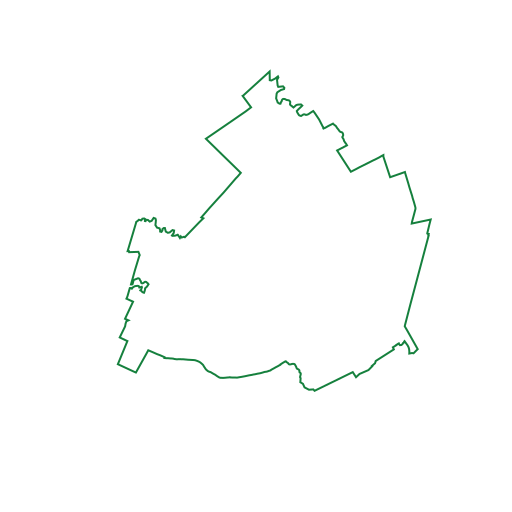 outline of Buzoesti, Arges, Romania, rotated 153°
{"feature_id": "2599482B1086880995944", "entity_name": "Buzoesti", "entity_type": "district", "adm_level": 2, "iso_a3": "ROU", "parent_name": "Romania", "parent_adm1": "Arges", "projection": "robinson", "projection_center": [24.92, 44.587], "detail": "fine", "context": "isolated", "style": "outline", "palette": "green", "viewbox_px": 512, "rotation_deg": 153, "n_neighbors": 0, "source": "geoboundaries", "source_scale": "gbopen_adm2", "svg_char_len": 6052}
<svg xmlns="http://www.w3.org/2000/svg" viewBox="0 0 512 512"><g transform="rotate(153 256 256)"><path d="M160.1,414.2L180.6,408.6L194.8,404.7L195.2,404.7L192.9,390.7L199.6,389.5L225.2,386.1L247.4,383.2L240.3,362.1L237.2,353.0L231.8,337.0L236.4,335.1L238.8,334.3L255.9,327.3L263.5,324.5L275.6,319.9L287.2,315.2L285.8,313.5L291.3,311.8L310.9,305.0L311.0,305.1L311.4,305.8L313.8,306.2L314.1,307.6L315.6,306.6L315.8,308.8L316.0,309.4L315.9,309.8L316.1,310.5L317.5,310.6L319.0,310.9L321.3,311.9L321.6,312.4L318.8,313.9L317.4,315.9L318.6,317.0L322.2,316.2L324.0,316.7L325.3,318.7L324.5,322.3L325.6,322.8L327.2,322.4L327.8,321.2L329.3,320.4L330.3,321.3L329.7,322.4L329.4,324.5L331.3,326.2L331.6,329.2L330.2,331.3L328.9,333.4L328.6,335.0L329.9,336.4L333.0,334.7L335.1,334.9L335.9,337.1L337.4,338.2L338.6,337.2L339.1,337.6L338.1,339.4L338.6,340.2L340.3,340.8L341.5,340.1L342.3,339.9L342.8,340.6L344.0,341.5L345.0,341.1L347.3,340.7L348.2,339.6L368.2,318.6L367.0,318.0L367.3,317.0L358.9,313.1L359.2,309.6L360.2,308.8L370.4,298.2L380.3,287.4L379.6,287.0L379.0,286.9L378.6,287.1L375.9,290.2L375.4,290.1L373.3,289.9L372.6,289.8L371.7,289.8L370.9,289.5L370.5,289.1L370.2,288.4L370.3,286.8L370.1,286.0L370.4,284.0L370.1,283.5L369.6,283.2L368.6,283.1L366.8,283.4L366.2,283.2L365.6,282.7L365.2,281.6L365.0,281.2L364.8,280.8L364.6,279.6L366.9,278.3L368.2,277.9L369.4,277.6L369.7,277.3L370.0,276.6L371.0,275.5L371.9,274.6L372.5,274.1L373.4,275.1L373.7,275.7L374.0,277.1L374.2,277.4L374.6,277.7L374.7,277.9L374.5,278.0L373.9,278.0L373.5,278.3L371.8,280.0L371.8,280.4L372.1,280.4L372.7,280.5L373.4,280.9L373.6,280.8L374.3,280.9L374.3,281.0L374.1,281.5L374.0,281.9L374.1,282.3L374.4,282.7L375.1,283.2L377.3,284.0L378.1,284.1L380.3,283.9L380.9,283.6L381.1,283.3L381.4,283.2L381.6,283.3L381.8,283.7L381.9,284.0L382.0,284.3L383.0,284.7L388.8,278.5L389.9,277.5L390.8,276.8L386.3,271.1L401.2,259.5L398.9,256.6L401.1,256.7L402.3,255.5L402.7,255.2L404.6,252.7L414.4,245.3L410.1,239.7L409.2,238.6L428.2,222.3L421.3,213.5L417.3,208.4L415.9,206.7L398.6,218.3L394.8,220.9L391.7,217.2L388.7,213.5L386.4,211.0L383.4,207.3L383.9,206.7L382.2,205.6L381.0,205.0L378.6,203.5L377.7,203.0L376.3,202.1L375.5,201.3L373.3,199.8L372.5,199.5L370.5,198.5L367.7,197.0L363.6,194.4L359.3,191.9L357.7,190.9L356.9,190.1L356.3,189.5L355.0,188.0L354.1,186.7L353.7,185.8L353.0,184.1L352.7,183.2L352.6,182.8L352.5,180.8L352.3,179.6L352.3,178.9L352.1,177.9L352.1,177.7L351.2,175.4L350.2,174.1L349.2,173.2L347.2,170.0L346.7,169.4L346.1,168.4L345.7,167.6L345.3,166.8L343.9,164.5L343.5,164.1L343.1,163.7L341.3,162.7L340.1,162.1L338.7,161.5L337.1,160.9L334.7,159.9L334.4,159.9L334.1,159.7L333.9,159.4L331.8,158.2L330.0,157.3L328.0,156.2L325.7,155.5L324.2,155.0L320.5,153.9L316.3,152.8L313.8,152.0L311.8,151.5L310.7,151.1L307.9,150.4L307.3,150.2L306.0,149.8L305.3,149.6L302.8,149.1L301.5,148.9L300.6,148.7L299.9,148.4L298.6,148.0L298.3,148.0L297.7,147.9L297.1,147.8L296.7,147.8L295.9,147.6L295.3,147.5L294.7,147.5L294.3,147.7L290.6,147.8L289.0,147.9L287.3,147.9L286.5,147.9L285.3,148.0L284.2,148.0L283.7,148.0L283.5,148.3L280.6,148.6L277.6,148.8L277.2,148.6L277.0,147.6L276.7,147.2L276.1,146.1L276.0,145.5L275.9,144.9L275.7,144.5L275.5,144.3L275.0,144.0L274.3,143.7L273.8,143.6L273.1,143.5L272.5,143.3L271.8,143.0L271.1,142.5L270.8,142.2L270.6,141.7L270.5,139.2L270.7,137.9L270.6,136.9L270.4,136.7L269.6,135.6L269.3,134.7L269.3,134.4L269.4,134.1L269.8,133.3L270.0,132.5L269.5,131.7L269.5,131.0L269.7,130.5L271.4,128.5L271.7,128.1L271.8,127.6L271.7,126.9L273.8,123.4L272.2,120.8L272.4,116.9L269.5,112.8L265.5,111.1L265.0,109.3L222.5,108.6L221.9,102.6L217.3,103.9L207.6,103.3L202.5,105.0L202.6,105.4L198.6,106.4L197.0,108.1L175.6,110.2L175.5,112.5L171.6,112.8L171.6,113.0L169.1,113.3L168.4,113.3L168.5,112.1L168.2,111.2L166.8,110.7L165.2,111.1L164.5,111.7L163.4,111.7L162.8,112.0L162.8,112.5L162.3,112.7L161.5,107.5L161.5,105.3L161.9,103.4L162.6,101.6L163.2,100.4L163.7,99.5L161.0,98.7L159.8,97.8L156.4,98.9L154.2,99.6L155.1,121.1L155.4,125.8L154.7,126.7L139.9,143.4L125.8,159.1L93.0,195.7L93.2,195.9L92.1,197.2L93.1,197.9L93.2,198.3L93.1,198.5L92.8,198.8L87.0,205.6L84.6,208.3L83.8,209.2L102.5,214.2L102.2,214.6L101.8,215.2L101.3,215.8L97.5,220.0L92.6,225.5L92.2,226.2L91.9,227.0L90.8,232.4L90.1,236.6L89.6,238.7L88.8,243.6L88.1,247.7L87.3,251.8L85.3,262.9L85.2,263.2L100.7,265.3L97.4,286.7L96.7,288.1L98.4,288.1L101.7,287.9L103.5,287.9L104.9,287.9L106.0,287.9L108.4,288.0L111.3,288.0L123.0,288.1L127.5,288.0L133.2,288.0L135.8,313.2L124.7,313.3L124.8,315.1L124.9,315.7L125.0,315.9L125.3,318.5L125.0,320.1L125.0,321.0L125.2,322.4L125.1,322.7L124.9,323.0L124.0,323.5L123.6,323.9L123.3,324.5L123.1,325.0L123.0,325.7L123.0,326.1L123.0,326.5L123.2,327.0L123.3,327.2L123.6,327.5L124.5,328.3L124.9,329.4L125.1,330.6L125.2,331.5L125.4,332.2L125.6,333.1L125.8,335.1L125.8,335.4L127.4,338.9L127.4,339.0L132.5,339.0L136.1,338.8L136.7,338.8L137.3,339.0L138.0,338.9L138.1,339.1L137.6,340.3L137.8,340.9L137.8,349.0L138.7,356.5L138.9,357.8L139.2,359.2L142.5,358.9L143.9,358.7L144.7,358.6L145.8,358.6L146.2,358.7L147.1,358.9L147.6,359.2L147.6,359.3L148.0,359.7L148.1,359.8L148.5,360.2L149.2,360.5L149.6,360.6L150.3,360.5L152.3,360.3L152.7,360.7L153.5,361.5L153.8,362.2L154.0,364.5L154.0,366.1L153.8,366.7L151.5,367.5L148.0,368.5L146.5,369.0L147.1,370.6L149.8,371.8L151.5,372.2L155.2,371.3L155.5,372.0L155.8,372.6L155.9,372.9L156.0,373.4L156.2,373.7L156.7,374.5L156.8,374.8L156.8,375.1L156.8,375.8L156.4,376.4L155.9,377.1L155.7,377.5L155.5,378.1L155.6,378.6L155.7,379.0L155.9,379.5L156.1,379.8L156.5,380.1L157.1,380.6L157.9,381.1L158.5,382.0L159.1,382.8L160.0,383.4L160.6,383.6L161.1,383.6L161.6,383.4L162.3,383.0L162.9,382.2L163.2,382.0L164.0,381.7L164.3,381.4L164.8,380.8L165.0,380.6L165.4,380.7L165.7,380.9L166.0,381.2L166.3,381.7L166.5,382.1L166.7,382.5L167.0,382.9L166.8,384.1L166.5,387.3L163.9,391.3L162.6,392.2L158.5,392.6L155.2,392.0L154.4,393.0L154.9,394.9L159.4,396.6L159.3,398.1L157.3,403.4L155.0,404.9L154.9,406.1L158.3,405.4L162.6,405.4L163.9,406.4L160.1,414.2Z" fill="none" stroke="#15803d" stroke-width="2"/></g></svg>